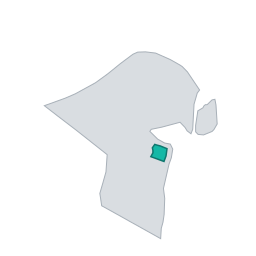 Kuwait, with Al Farwaniyah highlighted, rotated 30°
{"feature_id": "KWT-1664", "entity_name": "Al Farwaniyah", "entity_type": "Province", "adm_level": 1, "iso_a3": "KWT", "parent_name": "Kuwait", "parent_adm1": "", "projection": "robinson", "projection_center": [47.917, 29.258], "detail": "fine", "context": "in_parent", "style": "filled", "palette": "teal", "viewbox_px": 256, "rotation_deg": 30, "n_neighbors": 0, "source": "natural_earth", "source_scale": "10m", "svg_char_len": 1135}
<svg xmlns="http://www.w3.org/2000/svg" viewBox="0 0 256 256"><g transform="rotate(30 128 128)"><path d="M211.6,207.5L196.4,207.7L177.2,208.0L161.6,208.2L144.1,208.5L136.3,198.7L133.7,188.1L130.9,177.1L123.3,161.5L97.5,157.7L83.8,155.7L61.3,152.8L44.4,150.5L58.6,133.7L65.3,124.7L77.2,105.1L83.4,91.2L89.3,75.8L94.5,63.7L95.5,61.5L98.5,57.4L105.1,53.3L114.5,49.3L130.5,47.6L141.7,47.5L144.3,47.7L151.4,49.7L171.0,59.3L170.5,63.1L173.3,74.4L179.6,86.8L184.7,96.8L185.4,101.5L180.6,100.9L177.1,99.0L170.2,97.0L156.9,110.3L148.8,117.5L148.6,120.0L159.3,122.8L167.2,122.7L172.7,120.8L177.3,123.9L180.4,132.1L181.6,138.8L188.9,162.6L195.0,170.6L202.5,184.8L205.4,192.1L207.0,198.3L211.6,207.5ZM196.9,96.2L191.9,98.5L188.5,97.5L185.3,92.0L179.9,78.2L182.8,73.1L182.7,70.9L183.3,69.2L184.9,68.2L186.7,61.7L188.9,59.7L192.7,64.1L203.2,79.9L203.2,86.4L202.5,89.0L196.9,96.2Z" fill="#d9dde1" stroke="#a8b0b8" stroke-width="1"/><path d="M161.0,128.5L164.9,127.4L172.1,126.4L173.6,130.0L174.9,133.2L175.9,139.0L162.1,141.4L162.0,137.0L160.7,134.8L159.0,133.0L159.4,128.8L161.0,128.5Z" fill="#14b8a6" stroke="#0f766e" stroke-width="1.5"/></g></svg>